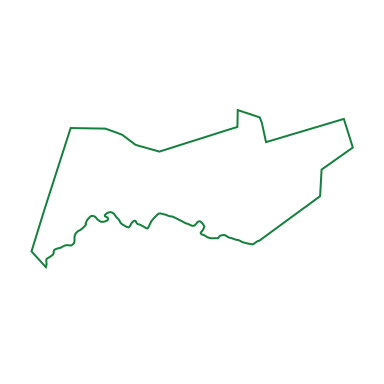 outline of Petoa, Santa Bárbara, Honduras, rotated 200°
{"feature_id": "27666195B13660887224612", "entity_name": "Petoa", "entity_type": "district", "adm_level": 2, "iso_a3": "HND", "parent_name": "Honduras", "parent_adm1": "Santa Bárbara", "projection": "mercator", "projection_center": [-88.208, 15.281], "detail": "fine", "context": "isolated", "style": "outline", "palette": "green", "viewbox_px": 384, "rotation_deg": 200, "n_neighbors": 0, "source": "geoboundaries", "source_scale": "gbopen_adm2", "svg_char_len": 5809}
<svg xmlns="http://www.w3.org/2000/svg" viewBox="0 0 384 384"><g transform="rotate(200 192 192)"><path d="M303.6,71.4L303.6,72.0L303.6,72.4L303.9,73.7L304.0,74.6L304.2,74.9L304.6,75.9L305.1,76.7L305.3,77.3L305.4,77.6L305.6,78.4L305.7,79.2L305.7,79.3L305.6,79.6L305.4,79.9L305.3,80.1L304.9,80.4L304.8,80.5L304.2,81.4L303.5,82.2L303.2,82.6L302.2,84.1L301.8,84.7L301.5,85.1L301.3,85.5L301.2,85.9L301.1,86.4L301.1,86.9L301.1,87.3L301.2,87.6L301.2,87.8L301.3,87.9L301.5,88.2L301.6,88.4L301.7,88.8L301.7,89.0L301.7,89.7L301.6,90.1L301.5,90.4L301.3,90.7L301.1,91.1L300.9,91.3L300.3,91.9L299.7,92.4L299.5,92.6L299.2,92.8L298.9,92.9L297.8,93.8L297.3,94.2L296.9,94.4L296.6,94.5L296.2,94.8L296.0,95.0L295.8,95.4L295.5,95.8L293.6,97.8L293.1,98.2L292.8,98.5L292.4,98.7L291.9,99.0L291.1,99.4L290.8,99.5L289.3,99.8L288.0,100.2L287.7,100.3L287.4,100.5L287.1,100.6L286.9,100.8L286.7,101.0L286.0,102.2L285.6,103.1L285.5,103.3L285.4,103.5L285.5,104.3L285.6,105.4L285.7,105.8L285.8,106.1L285.9,106.5L286.4,107.8L286.8,108.9L287.0,109.7L287.3,110.6L287.3,111.1L287.3,111.6L287.3,112.1L287.2,112.7L286.9,113.5L286.8,114.2L286.5,114.8L286.1,115.5L285.8,116.0L285.6,116.4L285.3,116.7L284.7,117.4L284.0,118.1L283.4,119.0L283.1,119.4L282.8,119.9L282.4,120.5L282.0,121.4L281.3,122.9L280.8,124.1L280.6,124.8L280.6,125.0L280.7,125.4L280.8,125.7L281.0,125.9L281.2,126.1L281.1,126.4L281.0,126.5L281.0,126.8L281.1,127.2L281.1,127.5L281.1,128.7L281.0,129.2L280.8,129.9L280.7,130.3L280.6,130.8L280.3,131.6L279.7,132.8L279.6,133.1L279.4,133.7L279.3,134.0L279.1,134.2L278.7,134.6L278.2,135.1L277.9,135.3L277.7,135.4L277.4,135.5L277.1,135.6L276.6,135.7L276.2,135.7L275.6,135.7L275.2,135.6L274.7,135.6L274.0,135.3L271.3,133.8L271.0,133.7L269.1,133.2L268.0,133.0L267.6,132.9L267.3,133.0L266.9,133.0L266.5,133.1L266.0,133.3L265.5,133.5L265.1,133.7L264.6,134.0L263.7,134.6L263.1,135.1L262.5,135.6L262.1,136.1L261.9,136.3L261.8,136.5L261.7,136.7L261.7,137.0L261.6,137.4L261.6,137.6L261.6,137.8L261.7,138.0L261.8,138.3L262.0,138.5L262.2,138.8L262.4,139.0L262.6,139.1L262.8,139.1L263.3,139.2L264.0,139.3L264.9,139.3L265.3,139.4L265.5,139.5L265.8,139.8L265.9,140.0L265.9,140.3L265.9,140.7L265.8,140.9L265.6,141.4L265.3,141.9L264.6,143.0L264.4,143.3L264.2,143.5L263.4,144.2L262.8,144.6L262.5,144.8L262.1,145.0L261.8,145.2L261.4,145.3L261.1,145.3L260.7,145.3L260.4,145.3L260.1,145.3L259.6,145.2L259.3,145.1L258.6,145.1L258.4,145.0L257.7,144.7L257.1,144.3L256.5,143.9L255.6,143.2L254.9,142.8L253.5,142.0L252.9,141.8L252.1,141.4L251.7,141.2L251.4,141.0L250.6,140.4L250.0,139.9L249.6,139.6L249.2,139.1L248.8,138.8L248.5,138.6L248.2,138.4L247.9,138.3L247.4,138.1L247.0,137.9L246.2,137.7L244.6,137.4L243.7,137.2L243.0,137.1L241.5,136.9L240.9,136.9L240.3,137.0L239.8,137.1L239.6,137.1L239.3,137.3L239.2,137.4L239.0,137.7L238.9,138.0L238.8,138.4L238.5,139.6L238.4,140.2L238.3,141.2L238.3,141.6L238.2,141.9L238.0,142.5L237.7,143.3L237.5,143.7L237.2,144.2L236.9,144.7L236.7,145.0L236.3,145.3L236.1,145.4L235.7,145.5L235.4,145.4L235.0,145.4L234.7,145.2L234.4,145.0L234.2,144.6L234.0,144.4L233.7,144.2L233.4,144.0L233.1,143.7L232.8,143.6L232.4,143.4L232.0,143.3L231.7,143.3L231.4,143.3L231.0,143.3L230.5,143.5L230.3,143.5L230.0,143.5L226.5,143.1L222.5,142.3L222.4,142.3L222.2,142.3L221.8,142.5L221.5,142.6L221.3,142.8L221.1,143.1L221.0,143.3L220.6,146.4L220.6,147.5L220.5,148.3L220.3,149.4L220.2,150.4L220.0,151.3L219.8,151.9L219.6,152.3L219.3,153.2L218.8,154.5L218.4,155.3L216.8,158.8L216.6,159.2L216.4,159.5L216.2,159.8L216.0,160.1L215.8,160.3L215.5,160.5L215.2,160.7L214.8,160.8L214.5,161.0L214.1,161.0L212.8,161.3L210.7,161.4L210.1,161.5L209.4,161.6L208.8,161.7L208.5,161.7L208.2,161.7L207.4,161.6L206.9,161.5L206.3,161.5L205.3,161.6L204.7,161.6L204.0,161.7L203.4,161.9L202.8,162.1L202.5,162.2L201.9,162.2L201.3,162.2L200.8,162.2L199.2,162.0L196.7,161.7L194.0,161.4L190.1,160.9L189.0,160.7L187.2,160.5L186.6,160.5L186.1,160.5L185.7,160.5L185.0,160.6L184.5,160.6L180.8,160.3L180.3,160.3L180.2,160.3L179.6,160.5L179.1,160.7L178.9,160.8L178.7,160.9L178.5,161.1L178.4,161.2L178.2,161.4L178.1,161.6L178.0,161.9L177.8,162.2L177.7,162.5L177.5,163.0L177.3,163.4L177.0,164.2L176.8,165.1L176.7,165.2L176.3,165.9L176.0,166.3L175.8,166.5L175.6,166.7L175.4,166.8L175.1,166.9L174.9,167.0L174.7,167.1L174.4,167.1L174.2,167.1L173.5,166.9L173.0,166.7L172.5,166.5L171.8,166.2L171.2,165.9L170.9,165.7L169.8,164.8L169.2,164.4L168.7,163.9L168.6,163.7L168.6,162.3L168.7,160.7L168.8,160.0L169.1,159.0L169.3,158.4L169.5,158.0L169.7,157.6L169.8,157.4L169.9,157.0L169.9,156.9L169.9,156.6L169.7,156.4L169.5,156.1L169.2,155.9L169.0,155.7L168.7,155.6L168.4,155.5L165.7,155.6L164.4,155.3L164.0,155.2L163.3,155.0L162.9,154.9L162.6,154.8L162.3,154.8L161.7,154.8L160.6,154.8L159.9,154.8L159.3,154.9L158.7,155.0L158.4,155.0L157.6,155.3L153.9,156.7L152.4,157.2L152.2,157.3L151.8,157.6L151.7,157.8L151.5,158.1L151.4,158.3L151.3,158.5L151.2,159.2L151.1,159.6L151.0,159.9L150.9,160.1L150.7,160.4L150.5,160.6L150.4,160.7L149.9,161.1L149.0,161.7L148.5,161.9L147.7,162.3L147.4,162.5L147.0,162.6L146.6,162.6L146.3,162.7L145.8,162.6L145.4,162.6L144.5,162.4L143.5,162.2L143.0,162.1L142.0,161.9L141.3,161.9L140.7,161.9L139.4,162.1L138.4,162.2L137.6,162.2L136.2,162.1L135.6,162.1L133.4,162.4L132.0,162.7L131.5,162.7L130.8,162.6L129.8,162.5L129.1,162.4L128.3,162.2L128.1,162.1L127.8,162.1L122.5,162.6L119.5,163.1L118.1,163.3L117.7,163.4L117.3,163.5L117.1,163.6L116.9,163.7L116.7,163.9L116.5,164.1L116.2,164.4L115.4,165.6L114.5,167.0L114.3,167.3L114.0,167.6L113.4,168.3L113.1,168.6L112.9,168.7L112.7,168.9L112.4,169.0L112.2,169.1L70.2,231.9L77.9,257.4L56.1,288.8L74.3,312.6L139.5,264.2L150.1,281.0L153.9,285.3L177.0,284.6L171.6,268.6L177.4,264.3L236.5,218.8L261.1,217.0L277.3,221.9L285.6,222.0L295.2,221.9L327.9,210.6L324.7,126.1L322.5,81.3L303.6,71.4Z" fill="none" stroke="#15803d" stroke-width="2"/></g></svg>